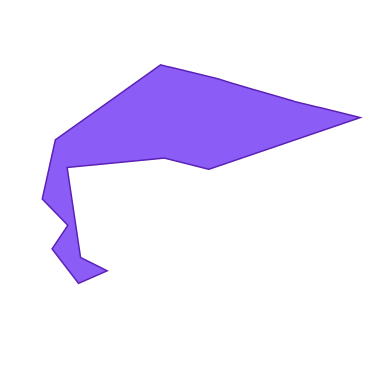 Bristol, Virginia, United States of America, rotated 194°
{"feature_id": "52423323B64207723161036", "entity_name": "Bristol", "entity_type": "district", "adm_level": 2, "iso_a3": "USA", "parent_name": "United States of America", "parent_adm1": "Virginia", "projection": "equal_earth", "projection_center": [-82.171, 36.636], "detail": "fine", "context": "isolated", "style": "filled", "palette": "violet", "viewbox_px": 384, "rotation_deg": 194, "n_neighbors": 0, "source": "geoboundaries", "source_scale": "gbopen_adm2", "svg_char_len": 463}
<svg xmlns="http://www.w3.org/2000/svg" viewBox="0 0 384 384"><g transform="rotate(194 192 192)"><path d="M46.8,304.9L81.8,304.9L83.8,304.9L88.6,304.9L92.2,304.7L114.9,304.6L115.9,304.8L162.4,306.5L178.8,307.2L186.2,307.6L193.1,308.1L242.3,307.9L246.8,307.7L253.2,307.8L337.2,209.6L335.6,149.0L304.4,129.6L314.0,102.9L280.0,75.9L255.3,95.0L284.3,101.5L319.1,185.6L227.2,218.2L181.2,218.1L46.8,304.9Z" fill="#8b5cf6" stroke="#5b21b6" stroke-width="1.5"/></g></svg>